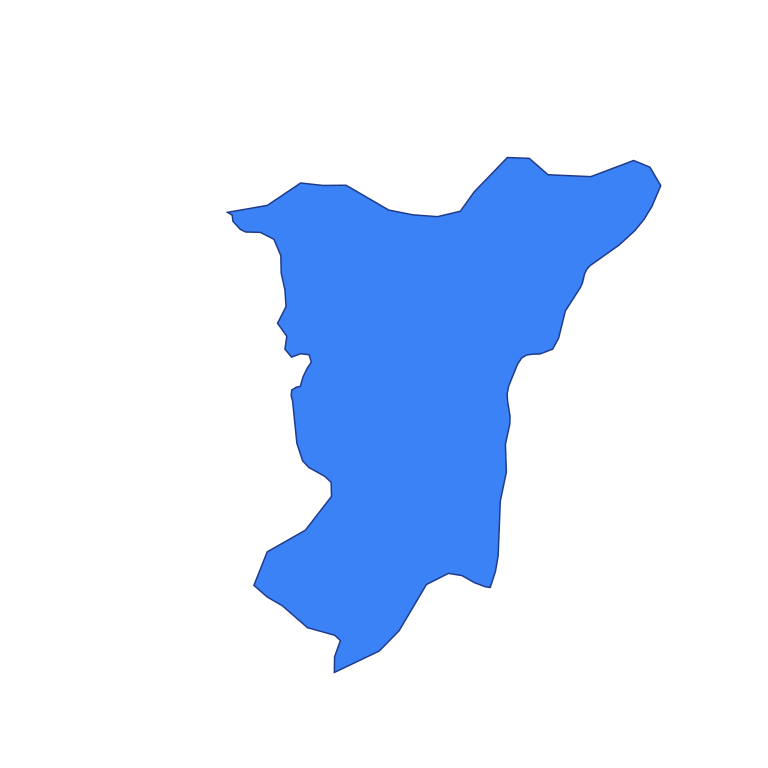 the State of Anambra, rotated 198°
{"feature_id": "NGA-2857", "entity_name": "Anambra", "entity_type": "State", "adm_level": 1, "iso_a3": "NGA", "parent_name": "Nigeria", "parent_adm1": "", "projection": "albers", "projection_center": [6.939, 6.235], "detail": "fine", "context": "isolated", "style": "filled", "palette": "blue", "viewbox_px": 768, "rotation_deg": 198, "n_neighbors": 0, "source": "natural_earth", "source_scale": "10m", "svg_char_len": 1286}
<svg xmlns="http://www.w3.org/2000/svg" viewBox="0 0 768 768"><g transform="rotate(198 384 384)"><path d="M182.1,658.2L184.1,635.4L187.6,620.9L192.9,607.2L203.3,588.9L224.5,560.4L226.5,555.9L227.3,550.9L226.5,541.5L227.0,536.7L234.1,509.5L232.1,481.4L234.4,469.3L244.9,460.8L251.9,458.3L257.3,455.6L261.1,451.3L263.1,444.2L264.8,420.5L263.9,413.0L261.2,405.9L254.2,392.4L252.0,385.0L249.9,364.2L240.4,338.0L237.2,308.5L222.4,256.1L220.1,240.3L220.1,223.4L224.8,222.5L236.7,223.0L250.7,225.9L264.2,223.8L281.7,206.4L293.4,154.0L306.0,128.6L342.1,94.3L346.7,109.3L346.2,126.5L353.2,129.8L381.5,128.6L412.2,141.7L429.2,145.3L445.5,152.3L443.2,188.3L413.6,220.7L399.2,260.9L403.9,274.1L411.8,277.9L429.5,281.3L437.6,285.7L448.5,300.6L465.6,339.4L468.7,344.3L469.9,349.8L466.4,353.9L462.9,355.8L463.2,365.9L461.9,375.2L459.9,382.4L464.3,388.7L472.7,387.0L480.2,381.0L489.0,386.5L491.2,399.4L504.0,408.8L501.1,427.4L507.4,443.1L516.0,457.6L521.8,474.2L533.4,487.6L548.5,490.0L562.6,485.8L568.3,486.6L577.9,492.0L580.6,497.7L585.9,498.9L550.2,517.8L525.4,549.4L503.3,554.0L481.5,561.3L433.3,550.9L408.8,553.8L384.8,559.7L364.8,571.9L357.6,594.6L336.7,637.5L315.6,643.5L292.7,633.7L251.4,645.1L215.7,673.7L198.1,672.4L182.1,658.2Z" fill="#3b82f6" stroke="#1e3a8a" stroke-width="1.5"/></g></svg>